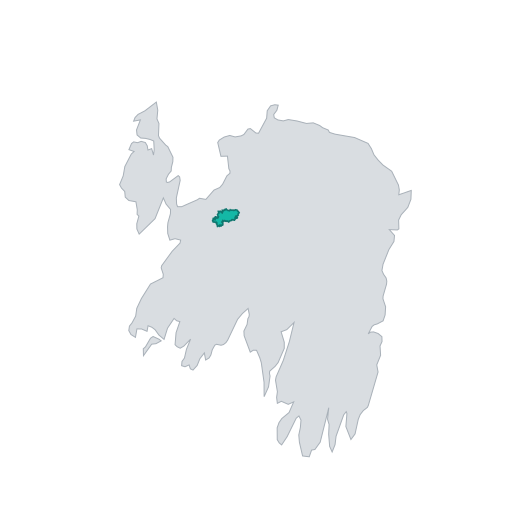 location of Carrick-On-Shannon Lea-6, Leitrim, Ireland, rotated 299°
{"feature_id": "5873133B60046508730190", "entity_name": "Carrick-On-Shannon Lea-6", "entity_type": "district", "adm_level": 2, "iso_a3": "IRL", "parent_name": "Ireland", "parent_adm1": "Leitrim", "projection": "robinson", "projection_center": [-7.954, 53.923], "detail": "fine", "context": "in_parent", "style": "filled", "palette": "teal", "viewbox_px": 512, "rotation_deg": 299, "n_neighbors": 0, "source": "geoboundaries", "source_scale": "gbopen_adm2", "svg_char_len": 8245}
<svg xmlns="http://www.w3.org/2000/svg" viewBox="0 0 512 512"><g transform="rotate(299 256 256)"><path d="M324.8,106.9L313.9,112.4L312.3,114.5L309.2,123.3L308.9,125.8L302.1,135.5L298.2,137.5L292.5,139.0L289.2,140.6L285.1,139.8L279.9,140.0L277.3,141.7L277.4,143.0L279.0,144.6L288.6,149.0L288.1,150.9L285.4,153.0L268.1,158.2L262.9,161.4L261.1,163.5L263.0,167.0L276.8,177.5L279.1,178.6L281.2,184.7L293.3,187.3L298.3,191.1L302.6,192.0L312.0,191.7L315.7,193.1L317.8,192.0L319.1,190.0L329.5,182.6L326.2,177.0L336.7,167.5L339.6,167.7L344.6,170.5L348.7,174.6L350.0,180.0L353.9,184.8L356.4,186.5L363.1,187.4L364.7,189.3L363.5,196.3L364.6,198.7L381.7,198.5L388.5,195.4L394.4,196.0L397.4,199.1L398.7,202.3L393.6,203.6L388.3,202.9L385.7,205.0L385.6,209.1L387.4,214.4L391.0,218.1L394.0,226.5L396.4,235.9L400.2,241.5L401.0,248.5L400.5,252.0L401.2,258.1L399.7,260.3L400.9,266.1L407.4,284.8L408.8,299.4L405.8,304.9L401.7,310.1L399.1,316.3L397.1,322.9L395.9,333.6L387.1,346.2L383.3,349.3L378.8,351.2L388.6,360.0L380.7,364.0L372.1,365.2L362.5,363.0L356.6,363.3L349.0,367.8L347.3,367.0L343.7,359.8L341.1,367.2L335.6,369.6L326.1,369.1L310.4,371.1L304.3,373.2L301.8,376.5L299.9,380.4L297.4,382.6L294.7,383.8L282.5,386.6L280.1,387.8L274.4,394.0L267.0,397.5L260.9,398.6L255.4,395.0L253.2,392.8L250.7,391.7L242.3,391.9L244.9,393.0L246.6,395.6L247.4,400.4L246.5,405.2L242.3,407.7L237.4,408.1L229.6,413.1L219.3,414.4L213.7,419.0L179.6,426.7L177.6,426.8L172.9,424.8L167.8,424.0L162.8,424.6L148.4,428.9L141.5,428.0L150.4,417.3L162.3,411.9L163.6,410.4L159.7,409.7L137.2,413.4L129.3,416.6L121.5,417.6L125.2,412.7L135.3,406.0L144.1,401.6L147.9,397.7L158.6,393.2L124.3,402.4L115.3,401.3L113.2,398.7L106.2,399.9L103.7,393.7L114.1,384.3L120.2,380.2L127.4,378.0L134.3,374.9L136.9,371.1L133.7,369.8L113.1,370.8L103.2,370.0L103.8,366.9L105.7,363.6L116.0,357.8L121.5,356.9L126.4,357.4L135.1,360.8L146.7,359.7L141.9,356.1L141.2,348.6L137.5,346.1L142.3,342.6L147.7,340.5L156.8,333.3L160.0,332.2L177.9,330.5L197.2,326.7L216.3,321.5L206.5,318.6L201.9,314.7L194.3,322.5L188.9,325.5L173.5,327.0L168.7,326.2L161.9,323.8L159.8,324.7L157.8,326.5L147.6,330.4L136.9,331.3L149.4,324.3L165.2,312.4L168.8,308.7L173.8,302.2L172.3,299.3L169.1,297.6L180.5,284.3L184.5,281.8L191.8,281.4L197.2,279.3L199.5,279.3L201.6,278.5L206.3,274.5L199.1,272.0L191.7,270.6L168.7,272.0L165.7,271.7L162.8,270.5L161.0,268.7L159.6,264.2L158.0,263.2L152.8,263.2L147.6,264.5L144.1,264.4L140.6,262.4L146.2,257.8L139.0,256.7L131.7,257.6L125.7,256.2L125.5,253.3L128.3,250.3L124.7,247.6L124.0,244.1L127.9,242.4L132.1,242.9L140.7,240.4L151.6,239.1L142.3,236.6L138.6,234.4L138.4,231.0L139.2,228.2L150.1,223.3L161.7,221.2L160.9,218.0L161.7,214.6L150.0,213.6L138.5,216.0L139.8,209.4L142.6,203.5L143.2,199.6L142.7,195.4L137.3,197.2L136.7,191.3L134.5,187.2L126.4,190.0L126.7,184.7L129.1,180.9L133.3,179.3L137.4,180.0L145.1,179.9L152.5,177.1L163.2,176.4L180.3,177.3L191.9,185.2L195.0,183.8L199.7,178.8L201.9,178.2L219.5,180.4L230.5,183.3L233.4,182.4L231.9,176.8L228.1,173.0L232.9,167.9L238.6,164.5L242.5,162.8L251.4,160.7L255.3,158.7L257.8,152.2L261.9,146.8L239.7,149.6L218.5,143.2L221.9,138.7L226.4,136.1L234.1,134.2L234.8,131.8L238.8,129.8L245.2,124.7L242.9,117.9L244.1,113.1L248.8,109.9L250.2,105.4L252.3,102.1L261.7,101.0L270.7,97.9L284.7,97.5L288.3,98.7L287.4,93.3L294.0,92.6L296.5,93.7L297.7,97.5L300.6,100.0L301.6,104.2L299.6,107.5L296.3,110.1L299.3,112.7L294.6,117.4L299.7,115.4L307.0,110.8L306.6,107.0L305.3,102.3L303.3,98.0L304.2,93.3L308.3,90.4L319.0,88.9L314.6,83.6L318.5,83.1L322.7,84.2L329.0,88.4L342.3,94.2L335.9,99.4L327.9,102.9L324.8,106.9ZM136.2,211.6L135.8,214.2L130.8,211.0L128.3,207.5L114.3,205.9L120.2,202.4L123.0,203.4L132.9,203.6L135.7,205.0L136.2,211.6Z" fill="#d9dde1" stroke="#a8b0b8" stroke-width="1"/><path d="M286.4,219.1L286.3,218.8L286.2,218.7L286.2,218.4L286.3,218.4L286.4,218.1L286.6,218.0L286.6,217.8L286.9,217.6L287.0,217.3L286.8,216.9L286.8,216.6L286.7,216.2L286.6,215.7L286.3,215.5L286.1,215.5L286.0,215.3L285.6,215.3L285.4,214.8L285.4,214.4L285.0,213.9L284.9,213.9L285.0,213.6L284.8,213.3L284.7,213.1L284.4,212.9L284.1,212.4L284.2,212.2L284.2,211.8L283.9,211.7L283.8,211.3L283.6,211.2L283.2,211.1L283.3,211.0L283.0,211.0L283.0,210.8L282.9,210.6L282.7,210.6L282.6,210.3L282.5,210.1L282.5,209.9L282.4,209.6L282.2,209.5L282.2,209.3L282.2,209.1L282.3,208.8L282.3,208.7L282.2,208.0L282.2,207.8L282.4,207.7L282.5,207.3L282.7,207.1L282.5,206.9L282.3,206.9L282.0,206.7L281.8,206.4L281.7,206.2L281.3,206.2L281.1,206.3L280.9,206.5L280.7,206.2L280.1,205.8L279.9,205.7L280.1,205.4L280.3,205.3L280.1,205.0L279.9,204.8L279.7,204.4L279.6,204.5L279.4,204.7L279.0,204.6L278.9,205.0L278.7,205.1L278.3,205.1L278.1,204.9L277.8,204.8L277.7,204.8L277.7,205.0L277.8,205.1L278.1,205.4L278.1,205.5L277.6,205.5L277.2,205.6L277.2,205.4L277.3,205.2L277.5,205.1L277.6,204.9L277.5,204.7L277.4,204.3L277.6,203.8L277.6,203.7L277.8,203.4L277.9,203.2L277.9,202.9L277.7,202.7L277.1,202.4L276.7,202.4L276.6,202.1L276.8,202.0L276.8,201.9L276.7,202.0L276.4,201.9L276.3,201.7L276.2,201.8L276.0,202.2L275.8,202.4L275.8,202.6L275.7,202.7L275.4,202.8L275.0,202.6L274.9,202.4L274.6,202.3L273.8,202.3L273.6,202.2L273.5,202.3L273.4,202.5L273.1,202.9L272.9,203.0L272.7,203.2L272.3,203.4L272.3,203.5L272.1,203.5L272.0,203.8L271.9,203.8L271.7,203.9L271.5,204.1L271.4,204.2L271.3,204.3L271.2,204.2L271.3,204.2L271.2,204.1L270.9,204.1L270.9,203.9L270.7,203.9L270.5,203.7L270.4,203.8L270.2,203.7L270.0,203.4L270.0,203.1L270.2,202.8L270.1,202.5L270.4,202.6L270.7,202.5L270.7,202.4L270.8,202.2L270.7,202.1L270.8,202.0L270.7,201.9L270.8,201.8L270.6,201.4L270.1,201.4L269.9,201.4L269.4,201.3L269.5,201.4L269.7,201.7L269.7,201.9L269.4,202.0L269.2,202.1L268.8,202.3L268.5,202.4L268.3,202.6L267.9,202.7L267.7,202.7L267.8,202.0L267.9,201.8L267.9,201.7L268.0,201.7L268.0,201.8L268.3,201.7L268.5,201.5L268.4,201.3L268.5,201.2L268.4,200.9L268.5,200.7L268.4,200.5L268.3,200.4L268.1,200.6L268.0,200.4L267.9,200.4L267.7,200.5L267.3,200.7L267.0,201.2L266.7,201.2L266.4,200.8L265.9,200.8L265.6,201.0L265.5,201.4L265.4,201.6L265.2,201.9L265.0,202.0L265.1,202.3L265.2,202.5L265.2,202.8L265.3,203.0L265.6,203.1L265.8,203.5L265.7,203.6L265.7,203.9L265.8,204.0L265.7,204.2L265.6,204.4L265.7,204.7L265.7,204.8L265.8,204.7L265.9,204.8L266.1,204.8L266.3,204.9L266.4,205.0L266.2,205.2L266.1,205.6L266.0,205.8L265.6,206.0L265.4,206.1L265.0,206.0L264.9,206.0L264.8,206.3L264.6,206.6L264.5,207.0L264.3,207.2L264.0,207.2L263.4,207.7L263.1,208.0L263.3,208.2L263.5,208.2L263.7,208.3L264.1,208.4L264.2,208.5L264.1,208.8L264.2,209.0L264.3,209.0L264.8,209.1L265.2,209.0L265.3,209.0L265.5,209.3L265.4,209.6L265.2,209.8L264.9,209.9L264.6,210.0L265.0,210.3L265.1,210.6L265.2,210.9L265.3,211.0L266.1,210.7L266.0,211.1L266.4,211.2L266.5,211.4L266.6,211.5L266.7,211.8L266.8,211.9L267.0,211.9L267.7,211.7L267.8,211.5L268.1,211.4L268.2,211.2L268.5,211.2L269.1,210.8L269.1,210.7L269.3,210.4L269.1,210.2L268.9,210.2L268.9,209.9L269.0,209.8L269.4,209.6L269.6,209.6L269.8,209.8L270.1,209.8L270.4,209.8L270.2,210.0L270.3,210.2L270.2,210.4L270.4,210.6L270.6,210.9L270.8,211.1L271.1,211.0L271.2,210.8L271.5,210.8L271.6,211.1L271.9,211.4L271.9,211.6L271.7,211.8L271.7,212.1L271.6,212.4L271.7,212.7L272.0,212.8L271.9,213.1L272.4,213.4L272.7,213.9L272.4,214.1L272.7,214.8L272.7,215.0L272.4,215.5L272.7,215.8L273.1,215.8L273.5,215.8L273.8,215.7L274.1,216.0L274.3,216.5L274.8,216.8L275.0,217.2L275.3,217.5L275.7,217.2L276.1,217.2L276.2,217.4L276.4,217.6L276.4,218.0L276.6,218.1L276.8,218.4L276.7,218.9L276.8,219.2L276.8,219.3L276.6,219.4L276.6,219.5L276.8,219.8L277.1,219.7L277.2,219.8L278.3,219.6L278.3,219.8L278.6,219.7L278.8,219.6L278.9,219.4L279.0,219.3L279.1,219.2L279.3,219.1L279.3,219.6L279.2,219.7L279.3,219.8L279.1,219.9L279.1,220.1L279.2,220.3L279.3,220.3L279.3,220.2L279.5,220.1L279.7,220.3L280.0,220.1L280.1,220.5L279.9,220.5L279.7,220.7L279.7,220.9L280.2,221.2L280.4,221.0L280.6,221.0L280.6,220.8L280.7,220.7L280.7,220.3L280.6,220.1L280.6,219.8L280.6,219.6L280.6,219.4L280.7,219.2L281.0,218.9L281.3,219.0L281.6,219.6L281.8,220.1L282.0,220.1L282.0,220.3L282.3,220.5L283.1,220.7L283.2,220.4L283.7,220.2L283.9,219.9L284.2,219.9L284.8,220.3L285.0,220.2L285.8,220.2L285.8,219.6L286.0,219.5L286.1,219.4L286.3,219.3L286.4,219.1Z" fill="#14b8a6" stroke="#0f766e" stroke-width="1.5"/></g></svg>